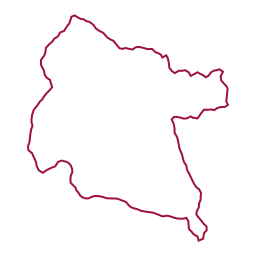 the district of Indaiatuba, São Paulo, Brazil
{"feature_id": "56859067B18588423436389", "entity_name": "Indaiatuba", "entity_type": "district", "adm_level": 2, "iso_a3": "BRA", "parent_name": "Brazil", "parent_adm1": "São Paulo", "projection": "albers", "projection_center": [-47.191, -23.112], "detail": "fine", "context": "isolated", "style": "outline", "palette": "rose", "viewbox_px": 256, "rotation_deg": 0, "n_neighbors": 0, "source": "geoboundaries", "source_scale": "gbopen_adm2", "svg_char_len": 2491}
<svg xmlns="http://www.w3.org/2000/svg" viewBox="0 0 256 256"><path d="M203.1,238.8L203.6,235.4L204.4,232.6L206.6,230.5L206.6,226.6L203.8,223.9L200.8,220.1L198.5,217.3L196.3,214.4L196.8,211.1L198.8,207.4L199.1,203.4L200.6,199.8L200.7,196.1L201.1,193.1L199.1,189.3L196.2,187.0L193.7,183.1L192.0,179.6L189.9,175.2L187.0,169.6L186.2,165.3L184.1,162.2L182.8,158.2L182.1,154.7L179.6,148.9L178.6,143.9L177.9,140.4L177.2,137.3L174.6,132.8L174.5,128.0L173.6,123.6L171.7,119.4L173.8,117.1L176.6,116.8L180.6,117.7L183.8,118.6L187.1,118.3L190.6,116.4L193.2,117.8L197.5,118.4L201.3,113.1L203.9,109.8L207.4,109.7L211.2,109.5L214.4,110.1L217.2,108.0L220.8,107.1L225.1,106.9L228.0,104.8L226.2,101.4L226.7,97.7L227.2,92.9L227.6,88.7L226.5,86.2L224.3,84.0L221.2,80.4L220.7,76.1L223.0,71.7L219.5,69.3L216.5,70.2L213.3,70.8L210.8,72.6L208.4,75.8L205.7,77.3L203.0,75.1L200.4,74.0L197.5,72.3L193.6,74.4L190.7,75.9L188.7,72.3L185.2,70.2L182.1,70.8L178.8,70.8L174.7,73.1L171.7,70.9L169.4,67.9L168.7,62.0L167.6,57.7L166.1,55.3L162.4,57.5L160.9,54.8L158.6,53.3L155.4,52.2L152.0,48.9L147.4,49.1L143.8,48.0L140.5,47.2L137.7,46.9L135.1,47.6L132.7,49.5L129.2,48.9L125.4,48.0L122.3,48.9L119.4,48.2L116.4,44.5L113.5,40.9L110.2,39.3L107.4,37.5L105.2,35.1L103.1,32.7L99.7,31.1L95.8,28.4L93.6,25.0L89.5,21.9L86.1,21.0L84.0,19.4L81.0,19.0L78.1,17.6L74.6,15.4L71.4,16.8L70.6,19.6L69.3,23.4L67.5,25.6L65.9,28.0L64.2,30.9L60.2,32.4L57.7,36.6L54.4,38.6L52.5,41.4L49.0,44.5L46.0,47.7L45.5,51.6L44.4,55.3L42.7,57.6L40.9,60.1L41.1,65.2L44.0,70.7L44.7,74.8L46.9,77.9L49.9,79.8L50.9,83.0L52.1,87.3L49.3,90.5L46.4,93.4L43.9,96.6L42.0,99.7L39.8,101.6L38.2,104.2L36.1,106.9L33.6,110.1L32.2,114.6L31.6,118.5L31.5,122.0L32.5,126.0L31.1,129.4L30.7,132.4L30.2,135.6L29.8,138.7L29.5,141.9L28.0,146.3L28.4,150.2L32.1,153.3L33.5,156.4L35.2,160.1L36.2,162.8L36.8,166.4L38.9,170.4L42.8,172.8L46.9,170.0L51.1,167.9L55.3,166.3L58.0,161.9L61.7,160.6L65.4,161.5L68.5,162.8L70.7,165.3L72.0,168.5L72.4,172.2L71.0,174.9L70.5,178.3L70.5,182.5L73.2,185.4L75.5,187.6L76.4,190.4L78.5,192.8L80.2,195.6L82.4,197.3L85.7,198.4L88.3,198.4L90.9,197.3L94.2,196.0L98.7,196.1L102.4,196.9L106.6,198.2L110.5,198.4L117.2,198.6L126.0,202.0L128.4,204.8L130.6,207.0L133.5,208.2L137.1,209.1L141.1,210.8L147.3,211.9L153.4,212.7L158.7,214.8L162.5,216.4L166.8,215.7L169.7,216.2L174.7,217.9L177.9,218.6L183.6,218.7L186.3,217.9L188.3,221.0L188.6,225.0L189.0,229.1L191.7,231.8L193.5,234.2L197.5,236.5L198.6,240.6L203.1,238.8Z" fill="none" stroke="#9f1239" stroke-width="2"/></svg>